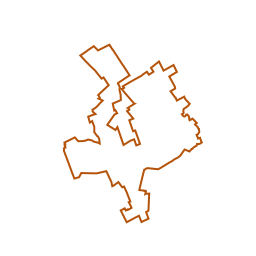 the district of Tixpéhual, Yucatán, Mexico, rotated 57°
{"feature_id": "50627088B94701207387922", "entity_name": "Tixpéhual", "entity_type": "district", "adm_level": 2, "iso_a3": "MEX", "parent_name": "Mexico", "parent_adm1": "Yucatán", "projection": "natural_earth1", "projection_center": [-89.468, 20.961], "detail": "fine", "context": "isolated", "style": "outline", "palette": "amber", "viewbox_px": 256, "rotation_deg": 57, "n_neighbors": 0, "source": "geoboundaries", "source_scale": "gbopen_adm2", "svg_char_len": 4197}
<svg xmlns="http://www.w3.org/2000/svg" viewBox="0 0 256 256"><g transform="rotate(57 128 128)"><path d="M168.3,172.9L168.5,171.9L168.1,165.5L174.6,165.1L175.0,163.2L181.1,164.1L190.9,166.1L190.6,167.8L195.2,168.2L196.9,168.5L196.8,170.4L196.6,172.7L196.1,172.7L195.9,174.8L193.6,174.5L193.2,179.0L198.8,179.6L206.3,180.4L206.7,175.7L207.2,169.7L207.6,166.6L214.2,167.9L215.2,160.2L208.4,158.6L208.5,156.0L206.7,154.6L195.6,146.7L194.6,145.9L192.7,149.1L192.7,149.3L190.8,147.4L190.1,148.3L189.8,148.0L186.2,152.3L181.1,147.0L175.7,141.3L171.8,137.1L172.1,135.8L171.9,135.3L172.1,133.9L172.9,132.7L174.7,130.5L174.8,130.4L179.1,125.0L179.2,122.8L179.5,111.8L179.8,108.8L179.6,108.3L179.6,105.1L180.0,102.5L179.9,101.5L179.8,101.2L179.9,99.9L177.0,92.5L176.9,92.2L181.2,89.2L180.9,88.3L180.8,88.2L180.6,86.9L180.4,86.3L180.2,86.0L180.5,85.3L180.0,83.5L180.0,83.1L180.1,82.2L180.0,81.6L180.2,80.1L179.7,79.5L179.0,78.9L179.3,78.6L180.3,76.7L180.4,75.6L180.4,75.3L180.3,74.9L180.3,74.0L179.7,74.0L178.6,73.8L178.4,73.7L178.2,73.6L177.5,73.5L177.3,73.4L176.5,73.3L176.0,73.1L175.5,72.9L174.9,75.0L174.2,74.6L173.5,74.6L173.4,74.6L171.5,74.2L171.1,74.2L171.3,72.8L170.2,70.5L169.4,69.9L168.9,69.8L168.5,69.7L167.5,69.0L167.2,69.1L166.9,69.4L165.6,69.0L161.4,69.8L161.2,67.6L155.3,68.8L155.2,70.3L155.3,70.7L155.0,71.4L155.0,72.1L154.2,71.9L153.6,71.7L153.2,71.1L151.6,70.8L151.4,70.8L150.9,70.6L150.0,70.8L148.7,71.1L148.6,72.2L148.7,72.4L149.2,73.2L149.2,74.3L148.3,75.1L145.8,75.3L145.9,74.5L145.6,73.1L144.7,72.8L144.4,72.6L143.6,72.1L142.8,71.6L142.4,70.8L142.3,69.0L142.4,67.6L142.2,66.9L142.2,66.6L142.2,66.1L142.0,65.4L142.0,65.1L141.3,63.1L136.3,64.0L134.9,64.2L132.3,63.8L132.2,65.6L131.9,68.7L131.6,72.1L128.7,71.6L128.7,71.8L120.4,72.3L120.6,67.0L118.9,66.2L107.3,65.3L107.6,56.5L100.0,55.5L99.4,64.6L99.2,66.9L89.1,65.8L90.1,76.0L94.7,76.0L94.7,78.2L94.7,81.4L91.1,81.5L91.2,84.2L91.2,86.7L91.5,87.3L91.5,88.2L90.8,97.6L90.4,105.5L90.3,109.7L90.8,109.7L92.2,109.4L92.1,111.7L92.1,111.9L92.0,112.0L97.6,111.4L101.9,110.8L111.1,109.5L111.2,109.4L111.1,114.7L111.1,117.2L111.5,116.9L111.9,116.8L112.2,116.8L112.6,116.9L113.0,116.8L113.2,116.7L113.4,116.8L113.5,117.1L113.4,117.8L113.3,118.0L113.3,119.1L113.3,119.6L118.0,119.0L123.0,118.5L122.2,122.7L133.5,125.5L134.0,123.3L147.9,126.6L147.1,130.5L140.8,129.0L140.4,131.1L140.0,132.5L139.8,141.0L121.5,136.4L122.8,139.6L114.1,143.7L109.4,132.1L109.4,131.8L109.7,129.1L106.0,128.9L105.8,130.0L99.2,127.5L100.7,118.8L96.1,116.1L95.9,116.0L92.0,114.6L91.2,114.3L90.8,114.0L90.5,113.6L90.2,113.3L89.7,112.9L88.0,112.4L87.5,112.3L85.3,112.3L85.2,112.3L85.0,112.2L84.9,112.1L84.8,109.2L84.8,106.4L84.8,105.9L84.7,103.2L84.7,100.7L84.7,98.0L82.6,98.0L80.1,98.0L78.5,98.0L77.4,98.0L76.3,98.0L74.8,98.0L73.5,98.0L72.1,98.1L70.7,98.1L69.4,98.1L68.6,98.1L67.0,98.1L65.4,98.1L62.8,98.1L60.5,98.1L58.2,98.1L55.9,98.1L53.5,98.1L53.4,98.2L53.4,98.3L51.4,98.3L49.3,98.4L49.4,98.2L48.1,98.2L47.9,99.4L46.6,110.9L40.8,112.1L40.8,113.3L40.8,114.1L40.9,118.8L40.9,119.0L41.1,121.4L41.2,124.8L41.2,126.3L41.2,127.0L41.2,128.5L48.2,127.3L54.7,126.0L56.1,125.7L61.8,124.3L72.2,123.3L72.3,121.0L81.6,120.9L81.8,122.2L82.0,123.6L82.2,124.5L82.3,124.9L82.4,125.4L82.7,127.4L82.9,128.3L83.1,129.5L83.3,130.7L83.5,131.0L83.5,131.5L83.5,131.8L83.7,132.3L83.7,132.9L84.1,135.0L84.3,134.9L84.7,134.9L85.4,135.0L87.3,135.2L87.3,136.7L89.9,135.0L91.2,134.3L92.0,138.2L92.5,140.0L93.2,143.0L93.5,147.7L93.4,147.8L94.9,148.7L98.6,147.7L97.6,151.4L96.8,155.2L100.7,156.4L102.7,157.0L102.7,154.3L108.6,155.6L112.0,157.8L112.9,158.5L117.8,158.3L118.6,157.8L121.3,158.1L121.5,158.1L125.6,160.2L124.4,160.8L121.9,163.1L120.9,164.1L119.9,164.5L119.0,164.8L115.9,167.8L115.6,170.0L114.3,173.2L111.9,177.0L106.9,177.7L106.8,179.1L106.5,181.1L106.3,183.5L105.6,189.2L107.3,189.4L107.2,190.1L108.6,190.4L108.5,190.7L110.4,191.2L110.1,192.8L110.8,193.2L111.6,193.7L112.3,194.2L114.0,194.5L114.3,194.6L116.8,195.2L119.4,195.7L120.3,195.9L121.6,196.2L132.7,198.7L132.8,198.7L132.9,198.8L141.2,200.5L142.6,195.8L140.3,191.7L142.9,188.0L144.3,185.8L145.1,184.8L148.0,180.4L149.0,178.9L152.4,169.7L160.3,170.8L164.1,171.3L168.3,172.9Z" fill="none" stroke="#b45309" stroke-width="2"/></g></svg>